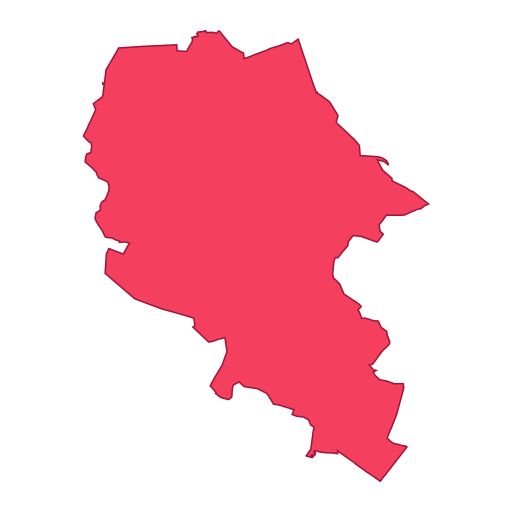 Mores pag., Siguldas, Latvia (Mercator projection)
{"feature_id": "27541924B85362854834044", "entity_name": "Mores pag.", "entity_type": "district", "adm_level": 2, "iso_a3": "LVA", "parent_name": "Latvia", "parent_adm1": "Siguldas", "projection": "mercator", "projection_center": [25.077, 57.066], "detail": "fine", "context": "isolated", "style": "filled", "palette": "rose", "viewbox_px": 512, "rotation_deg": 0, "n_neighbors": 0, "source": "geoboundaries", "source_scale": "gbopen_adm2", "svg_char_len": 5771}
<svg xmlns="http://www.w3.org/2000/svg" viewBox="0 0 512 512"><path d="M95.7,214.5L95.5,215.4L95.3,216.1L95.1,218.0L95.2,218.9L95.4,219.6L96.0,220.8L96.8,222.2L98.3,225.0L100.4,227.7L100.8,228.5L102.5,231.2L104.2,234.8L105.4,237.0L107.1,237.5L111.2,237.9L112.4,238.1L115.3,239.8L119.0,240.8L119.2,242.4L123.7,242.0L125.7,242.0L129.5,243.3L127.6,246.2L124.9,251.1L123.4,254.0L120.5,253.0L110.4,249.2L110.0,249.0L110.0,248.9L109.6,249.0L108.8,248.7L106.4,253.8L106.1,258.5L105.1,273.3L107.6,275.5L134.9,298.9L161.1,308.7L176.6,313.0L192.5,317.7L193.9,318.1L194.7,324.9L194.7,325.8L194.7,326.0L192.8,327.0L208.6,342.0L210.2,341.9L215.5,340.5L217.5,339.4L221.8,338.5L224.9,337.6L227.0,352.0L225.4,355.8L222.2,365.0L214.3,378.2L210.2,385.8L216.1,392.6L215.5,393.4L219.9,396.9L222.9,398.2L228.5,399.5L229.0,399.4L230.0,398.4L231.8,397.0L232.3,389.1L232.9,386.2L233.7,384.8L239.1,382.0L243.8,386.3L244.1,386.6L257.5,388.7L266.9,393.5L271.2,400.2L271.3,400.5L271.8,401.2L273.3,403.7L273.4,404.1L278.8,405.0L289.0,408.1L294.1,409.8L293.4,411.1L292.1,414.5L294.6,415.4L296.4,416.2L304.0,417.1L304.2,417.5L309.0,420.1L309.2,421.5L310.7,425.1L313.9,426.9L312.9,433.4L310.8,449.4L310.6,449.4L306.2,455.9L311.9,457.5L312.4,457.4L311.9,456.9L311.6,456.6L311.4,456.2L311.5,455.5L311.6,455.1L311.9,454.8L312.2,454.8L312.5,455.1L312.7,455.6L313.0,456.0L313.3,456.2L314.4,455.5L315.0,455.0L315.2,454.6L315.1,453.9L315.4,453.6L315.5,452.7L315.3,452.5L315.1,452.5L314.7,453.1L314.2,452.3L314.1,452.0L314.3,451.7L314.2,451.3L314.2,451.2L314.6,451.1L315.0,450.9L315.3,450.9L315.6,450.7L315.9,450.9L316.4,450.9L319.3,451.9L323.1,452.5L327.8,452.9L328.3,452.8L332.9,453.0L334.4,453.1L334.7,453.3L337.7,453.7L337.7,450.9L347.3,457.8L355.3,463.4L355.2,463.7L361.7,468.3L367.5,472.6L368.1,472.7L380.3,481.3L380.5,481.1L380.6,480.9L382.4,478.4L385.6,474.5L389.7,469.1L390.0,468.9L391.7,466.6L404.0,450.8L405.3,449.1L405.5,449.0L405.9,448.5L406.0,448.2L406.8,447.2L407.0,447.0L407.0,446.9L406.1,446.2L405.5,446.0L403.4,445.8L400.8,445.2L399.0,444.6L396.1,444.0L393.2,443.1L392.7,442.9L392.1,442.5L390.9,441.7L388.4,439.3L387.1,438.2L388.6,434.4L389.8,431.3L389.7,430.9L390.0,430.7L391.2,428.3L394.5,420.0L394.8,419.1L396.6,414.6L403.7,388.3L403.4,387.9L403.8,387.1L403.2,383.6L394.2,383.8L393.1,383.3L386.8,381.1L379.6,379.7L375.2,375.5L373.2,372.1L373.4,372.0L376.2,370.5L374.5,370.0L373.7,369.9L373.0,369.4L371.3,367.3L369.2,365.1L370.6,364.6L372.0,364.3L372.8,364.0L373.3,363.4L374.9,361.2L375.8,360.0L376.8,358.5L378.2,356.6L379.7,354.5L382.7,350.7L386.4,347.1L388.1,345.6L389.1,344.3L389.5,343.7L389.6,343.2L389.6,342.4L389.5,340.7L388.9,339.6L388.3,338.0L387.9,336.7L387.4,336.0L387.1,334.1L387.0,333.1L386.7,331.8L386.5,331.3L386.1,330.9L383.6,329.1L382.0,328.1L381.6,327.7L381.1,327.1L379.9,324.6L378.7,322.0L378.2,321.1L377.6,320.9L376.3,320.9L374.2,320.9L364.7,318.0L361.7,318.4L359.3,311.8L357.9,310.2L361.2,306.5L360.8,306.0L359.0,304.1L343.9,294.0L342.5,290.5L341.9,289.2L339.9,284.4L339.7,284.0L338.2,282.4L333.4,277.8L332.7,273.9L332.7,273.4L333.9,261.5L335.1,258.1L335.1,257.8L338.2,257.6L338.3,257.3L342.8,251.6L347.7,245.9L348.4,241.5L353.1,235.6L361.0,236.4L377.0,242.1L378.3,240.9L383.3,234.2L380.2,231.3L379.1,224.7L381.0,222.6L386.7,214.9L388.7,215.4L392.8,215.2L396.6,215.3L404.4,215.1L411.3,211.9L418.7,208.8L420.4,209.0L422.0,207.8L424.6,205.7L428.6,204.0L423.2,199.8L412.9,191.4L411.5,191.4L405.5,187.4L397.7,183.6L395.5,182.6L392.1,180.9L392.0,178.4L382.6,170.1L378.0,161.5L377.7,160.8L377.8,160.6L377.4,160.0L380.4,160.7L383.1,161.2L385.0,162.2L388.1,164.8L388.5,164.1L387.5,162.3L386.6,160.7L383.0,158.3L380.4,157.3L377.5,156.7L363.8,155.8L360.2,155.7L359.4,145.5L354.8,139.9L336.2,122.5L337.3,118.2L338.0,115.6L336.0,112.2L335.1,110.8L332.5,106.5L329.6,101.9L327.6,100.3L325.8,99.1L320.5,95.1L319.9,94.7L317.5,93.3L317.2,92.3L316.5,92.9L313.8,85.6L312.6,82.2L298.2,39.1L294.2,41.9L291.5,43.9L288.0,42.7L286.3,42.9L284.6,43.8L281.6,44.9L277.9,46.2L273.3,47.5L269.9,48.6L268.2,49.4L268.1,49.6L267.2,50.0L265.7,50.6L255.5,54.3L250.5,56.4L244.2,58.7L243.4,53.0L243.2,53.1L232.0,46.6L219.5,31.2L219.3,31.0L218.0,31.4L216.6,33.4L213.0,32.3L208.6,32.5L208.2,32.4L207.6,32.4L207.0,32.9L206.6,32.6L206.7,32.2L205.9,31.5L205.9,31.4L205.8,31.2L205.6,30.9L205.3,30.7L204.7,30.7L204.5,31.2L204.3,31.4L203.6,31.4L203.4,31.5L203.0,31.5L201.8,31.8L201.0,31.7L200.7,31.6L200.0,31.9L199.9,32.0L199.7,32.0L199.2,31.9L198.8,31.9L198.5,31.8L198.3,31.8L198.2,31.9L198.1,32.1L198.0,32.4L196.9,33.4L196.8,33.5L196.8,33.9L196.9,34.0L197.0,34.1L197.4,34.1L197.5,34.2L197.5,34.3L197.8,34.6L198.1,35.5L197.9,36.0L197.7,36.3L197.4,36.5L197.2,36.6L196.8,36.3L196.7,36.2L196.0,36.4L195.8,36.5L195.3,36.9L195.0,36.5L194.9,36.5L194.8,36.8L194.7,36.9L194.4,36.6L193.0,37.4L192.1,37.4L192.0,37.5L191.8,37.8L192.0,38.2L192.4,38.3L192.5,38.4L192.4,39.5L192.1,41.9L188.4,47.9L187.9,48.7L186.9,51.5L185.6,51.3L177.1,50.9L176.7,44.8L142.6,46.4L118.5,48.0L117.1,50.7L116.2,52.4L106.6,68.8L106.1,69.5L104.8,79.9L104.9,80.2L104.3,84.0L102.7,82.9L102.6,84.0L104.2,85.1L103.4,90.7L103.1,93.7L102.4,96.8L93.3,103.7L95.7,109.7L95.7,109.8L91.5,118.8L91.3,119.5L88.8,124.6L88.5,125.2L86.9,129.1L85.2,132.3L83.4,136.0L88.7,141.7L89.9,142.2L90.8,142.3L90.9,142.6L91.1,143.9L91.3,144.1L91.3,144.8L91.5,145.0L91.5,145.3L91.6,145.6L91.8,146.1L91.7,146.6L90.9,150.6L91.1,151.8L90.6,152.8L89.1,153.0L88.8,153.7L88.0,153.5L87.1,153.7L85.7,156.8L85.4,159.8L85.2,162.0L88.6,164.9L89.6,165.6L90.4,166.3L96.0,171.9L97.0,174.7L98.7,177.9L104.2,180.2L108.0,182.2L108.5,184.8L108.5,185.0L109.1,185.0L108.8,190.6L107.4,194.5L104.8,200.2L103.2,200.9L102.3,201.5L101.0,203.4L100.2,205.7L100.1,207.2L100.4,208.9L100.3,210.1L99.1,210.8L98.5,211.5L97.0,212.1L96.2,212.6L95.7,214.5Z" fill="#f43f5e" stroke="#9f1239" stroke-width="1.5"/></svg>